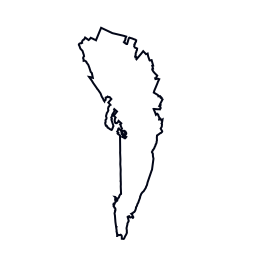 the district of Cotnari, Iasi, Romania, rotated 251°
{"feature_id": "2599482B18683824737313", "entity_name": "Cotnari", "entity_type": "district", "adm_level": 2, "iso_a3": "ROU", "parent_name": "Romania", "parent_adm1": "Iasi", "projection": "natural_earth1", "projection_center": [26.928, 47.355], "detail": "fine", "context": "isolated", "style": "outline", "palette": "ink", "viewbox_px": 256, "rotation_deg": 251, "n_neighbors": 0, "source": "geoboundaries", "source_scale": "gbopen_adm2", "svg_char_len": 5832}
<svg xmlns="http://www.w3.org/2000/svg" viewBox="0 0 256 256"><g transform="rotate(251 128 128)"><path d="M67.0,93.4L67.1,93.2L66.4,93.5L66.1,93.4L64.8,92.6L63.1,92.3L62.4,92.7L61.2,91.0L60.3,90.3L61.0,89.7L60.5,89.3L59.1,89.1L58.6,88.9L58.2,89.2L57.6,89.3L57.2,89.2L56.9,89.5L56.7,89.5L56.1,89.8L55.1,89.6L54.9,89.4L54.5,89.4L54.4,89.1L53.8,88.6L53.1,88.6L52.4,87.9L51.7,87.5L49.3,87.1L43.2,85.5L38.6,84.6L38.2,84.9L38.0,84.5L37.7,84.4L34.8,83.9L34.1,83.5L33.7,83.6L32.7,83.3L32.1,83.5L31.8,83.2L30.1,82.9L29.5,82.6L29.4,82.9L29.9,83.6L30.0,84.2L29.7,84.7L29.4,85.4L29.4,85.8L29.5,86.3L29.3,86.5L28.4,86.9L27.8,86.9L25.3,86.1L24.5,87.8L25.2,88.8L25.8,89.3L27.3,90.8L27.6,91.3L29.1,92.7L29.7,93.0L30.2,93.0L30.9,93.4L33.8,94.0L36.2,95.5L36.7,95.9L37.8,96.3L38.9,97.3L39.0,97.6L39.9,98.4L43.0,98.7L43.5,98.6L44.2,98.8L44.3,100.0L44.2,100.4L43.6,100.3L42.9,100.7L42.6,101.2L42.7,101.6L42.6,101.9L42.6,102.6L41.8,103.1L42.1,103.4L41.7,103.7L42.0,104.0L43.8,103.7L44.6,103.8L45.8,103.2L46.1,105.1L46.5,105.8L46.5,106.5L47.0,107.3L47.9,108.2L49.5,109.4L50.4,109.7L51.2,110.8L53.3,112.4L53.7,113.0L54.4,113.7L54.8,113.9L58.3,116.8L59.0,117.0L61.6,119.3L62.7,121.1L63.1,122.2L65.7,125.4L66.6,126.0L67.8,127.3L70.2,128.8L80.1,136.5L80.7,137.1L90.7,142.1L93.2,142.4L95.6,143.1L96.1,143.1L96.9,142.8L97.5,142.8L98.3,143.7L98.9,144.1L99.1,144.4L99.1,144.7L100.5,146.4L101.2,146.9L102.4,148.2L103.5,148.8L103.8,149.4L104.8,150.2L105.8,150.6L106.8,151.3L109.7,152.2L111.2,152.9L111.5,153.0L111.5,153.5L111.9,154.4L111.9,154.6L112.7,157.1L112.6,157.6L113.2,158.9L113.4,159.1L113.8,159.3L116.8,158.7L118.3,160.4L118.6,160.5L120.5,161.4L121.4,161.2L121.8,161.8L124.8,163.4L124.5,162.0L126.2,161.7L125.9,160.2L126.1,160.2L126.3,161.2L127.7,160.9L128.6,160.9L129.9,160.7L130.4,160.9L130.9,160.7L131.6,160.5L132.0,160.2L131.4,158.7L133.3,158.7L137.7,158.4L137.7,158.5L136.1,162.0L135.7,163.2L135.7,163.6L135.5,163.9L135.2,164.2L136.1,165.3L136.9,165.5L137.2,165.4L138.5,164.6L138.7,164.9L138.6,165.6L138.8,166.1L139.4,166.4L140.0,166.0L143.8,170.0L145.8,168.9L146.0,169.4L146.4,169.1L146.5,169.2L147.6,168.7L147.5,168.4L148.0,167.3L148.3,167.6L149.8,166.7L153.1,163.9L154.7,165.0L158.6,168.5L161.1,170.7L161.8,171.2L164.0,173.4L164.6,172.7L164.9,172.2L165.3,169.9L166.1,169.9L165.8,171.0L166.8,171.3L168.0,172.7L171.0,171.2L173.0,170.4L174.7,170.0L175.6,170.0L175.9,170.2L175.9,171.0L178.9,171.2L178.8,172.1L182.4,172.3L184.5,172.4L184.7,170.6L185.1,170.4L189.3,170.4L192.0,170.8L191.9,169.1L195.7,167.4L193.9,164.6L190.2,158.4L190.5,158.3L191.2,158.9L192.1,159.1L192.8,158.7L192.7,158.0L193.3,158.0L194.6,159.1L195.0,159.2L195.3,159.2L196.3,159.7L197.1,160.5L198.0,161.0L198.7,161.8L200.2,162.5L202.4,160.1L202.3,160.3L202.6,160.4L203.2,160.4L203.7,160.7L204.0,161.0L205.0,161.2L205.3,162.1L206.4,162.6L207.0,163.7L207.4,163.8L208.0,164.2L208.3,164.3L208.7,163.9L209.1,163.7L210.6,161.8L211.0,161.5L213.0,158.7L212.7,158.1L207.7,154.5L207.7,154.3L207.9,153.9L208.1,153.8L208.7,153.2L209.1,153.1L209.7,152.7L209.8,152.4L210.5,152.1L210.8,152.9L211.5,153.2L212.0,153.9L212.8,154.5L213.3,154.6L214.4,155.4L214.7,155.9L215.0,156.1L216.6,153.9L222.8,144.1L231.5,135.2L221.4,126.3L222.2,125.7L222.4,125.2L224.3,123.4L224.8,122.7L225.4,122.2L224.3,120.3L224.0,119.4L227.5,116.9L226.9,116.3L226.6,116.2L226.4,115.6L226.1,115.4L225.9,115.0L225.9,114.4L225.5,113.5L225.0,113.0L224.3,112.7L224.0,111.9L223.9,111.8L223.4,112.0L223.3,111.2L223.6,110.4L223.6,109.6L223.1,108.8L222.7,108.6L222.4,108.6L221.6,108.8L218.6,108.8L215.7,110.1L211.3,110.0L210.1,109.8L209.8,109.2L208.8,108.3L207.9,108.4L206.0,107.9L206.0,108.7L205.9,108.9L204.9,109.6L204.6,110.0L203.9,110.2L203.4,110.1L203.2,110.2L200.7,111.0L197.7,111.1L193.2,111.0L191.7,111.7L186.9,111.1L187.4,110.3L188.5,108.8L189.0,107.8L184.5,109.2L181.7,109.8L175.8,111.5L175.4,111.5L174.0,112.1L169.6,113.3L166.2,113.4L163.6,114.0L162.1,114.0L160.9,114.4L161.5,114.8L161.7,115.8L162.9,116.5L164.0,116.8L164.1,117.9L164.0,118.2L163.9,118.5L164.3,119.0L163.4,119.9L163.2,120.7L160.8,121.7L158.5,117.7L155.6,118.9L155.5,118.1L155.1,117.6L154.5,117.1L154.3,116.4L152.9,115.5L151.0,115.1L150.3,114.4L149.7,113.8L148.9,112.7L148.6,112.6L146.6,111.2L146.0,111.0L144.9,111.1L144.1,110.8L143.5,110.4L142.8,109.3L140.9,108.8L140.6,108.3L139.5,107.9L137.4,107.8L137.2,108.5L136.1,108.9L135.9,108.7L135.1,108.8L133.7,110.0L133.0,110.4L131.7,111.6L131.5,111.9L132.5,113.1L134.5,114.7L134.6,114.9L140.9,115.0L141.2,115.0L141.8,115.8L143.2,115.5L144.5,116.8L145.1,117.7L145.6,117.4L146.2,118.0L149.0,121.5L149.9,120.8L150.3,121.2L147.2,123.0L144.8,119.4L144.0,118.6L141.9,119.7L141.1,118.8L139.7,117.9L139.1,117.7L138.8,117.8L138.2,117.6L137.2,117.6L136.1,118.0L136.8,118.1L136.3,118.6L136.2,119.0L136.7,119.9L136.8,120.4L137.8,121.4L134.6,123.2L134.2,122.6L134.0,121.7L132.9,122.0L132.0,121.8L129.4,122.1L128.7,120.9L128.3,120.9L127.5,121.2L127.1,121.7L126.8,122.5L126.7,123.3L126.4,123.8L125.4,123.6L125.0,123.7L125.1,124.5L123.7,124.7L123.0,124.4L122.4,123.6L122.9,123.2L122.5,123.0L122.2,123.1L121.7,122.9L121.5,122.7L121.1,122.6L120.5,122.9L120.1,123.4L119.2,122.1L119.2,121.8L119.5,121.5L119.6,121.2L121.3,121.0L121.1,120.0L121.4,119.6L121.6,119.6L121.9,120.3L122.3,120.3L122.9,121.2L123.8,121.5L123.9,121.3L123.1,121.1L123.4,120.7L124.0,120.8L124.3,120.2L125.4,120.3L125.4,120.7L125.8,120.8L125.8,121.0L128.9,120.0L129.7,119.4L130.5,119.2L130.4,119.0L130.5,118.8L130.5,118.7L130.1,118.3L129.4,118.0L128.5,117.2L128.1,116.6L126.6,117.3L126.1,116.4L125.2,116.8L124.7,117.3L123.5,118.0L109.3,113.3L107.2,112.5L100.7,110.6L96.2,108.9L91.2,107.6L86.9,106.0L81.8,104.4L80.3,103.9L80.2,103.7L79.9,103.8L77.1,102.9L75.1,102.1L68.0,100.0L67.8,99.8L67.8,99.3L67.5,98.7L66.7,97.8L65.2,96.7L65.0,95.9L64.4,95.2L62.9,94.2L63.3,93.5L63.7,93.6L64.8,93.4L66.0,93.9L67.0,93.4Z" fill="none" stroke="#020617" stroke-width="2"/></g></svg>